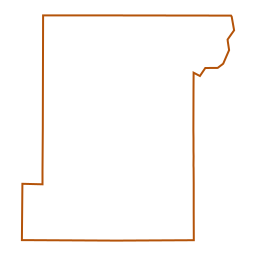 Vigo, Indiana, United States of America (Natural Earth projection), rotated 180°
{"feature_id": "52423323B18777614483924", "entity_name": "Vigo", "entity_type": "district", "adm_level": 2, "iso_a3": "USA", "parent_name": "United States of America", "parent_adm1": "Indiana", "projection": "natural_earth1", "projection_center": [-87.485, 39.434], "detail": "fine", "context": "isolated", "style": "outline", "palette": "amber", "viewbox_px": 256, "rotation_deg": 180, "n_neighbors": 0, "source": "geoboundaries", "source_scale": "gbopen_adm2", "svg_char_len": 534}
<svg xmlns="http://www.w3.org/2000/svg" viewBox="0 0 256 256"><g transform="rotate(180 128 128)"><path d="M62.4,99.8L62.5,104.8L62.5,106.9L62.5,117.7L62.6,125.3L62.6,125.9L62.5,164.1L62.4,183.3L56.1,180.0L50.7,188.0L38.3,188.1L32.8,192.3L26.9,205.9L28.2,214.5L28.4,216.5L21.9,225.7L24.3,239.3L25.0,240.4L155.6,240.6L212.9,240.6L213.2,127.9L213.5,84.9L213.5,71.7L233.6,72.2L234.1,15.9L139.5,15.4L62.2,15.8L62.3,43.7L62.3,55.4L62.3,67.7L62.3,71.9L62.4,87.9L62.5,90.4L62.4,99.8Z" fill="none" stroke="#b45309" stroke-width="2"/></g></svg>